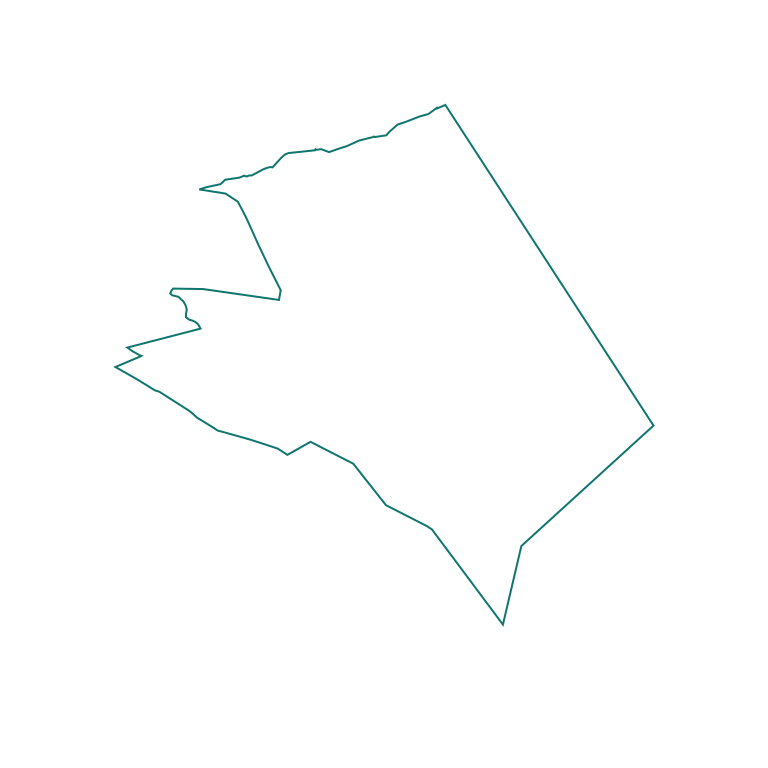 Mártires de Tacubaya, Oaxaca, Mexico, rotated 235°
{"feature_id": "50627088B73077765096958", "entity_name": "Mártires de Tacubaya", "entity_type": "district", "adm_level": 2, "iso_a3": "MEX", "parent_name": "Mexico", "parent_adm1": "Oaxaca", "projection": "mercator", "projection_center": [-98.212, 16.55], "detail": "fine", "context": "isolated", "style": "outline", "palette": "teal", "viewbox_px": 768, "rotation_deg": 235, "n_neighbors": 0, "source": "geoboundaries", "source_scale": "gbopen_adm2", "svg_char_len": 1414}
<svg xmlns="http://www.w3.org/2000/svg" viewBox="0 0 768 768"><g transform="rotate(235 384 384)"><path d="M118.7,343.4L172.5,403.6L194.9,577.4L195.3,580.9L577.4,594.3L579.3,585.5L579.9,585.7L579.7,575.1L582.8,566.4L586.3,552.0L588.7,544.0L587.6,533.6L586.4,528.5L591.6,518.1L592.5,517.7L592.4,517.1L597.7,503.3L600.3,489.4L602.0,484.3L605.5,472.0L612.3,467.3L614.8,462.8L615.6,462.5L615.0,461.6L628.0,438.1L628.8,434.6L628.2,429.5L625.4,416.9L626.8,415.5L627.9,412.9L629.1,408.5L630.7,395.3L632.1,393.3L632.8,390.5L633.8,389.7L634.6,389.1L634.9,388.9L635.1,387.8L636.0,383.9L642.4,371.1L641.5,364.6L647.1,351.3L649.3,344.3L630.9,363.4L627.6,364.7L623.8,366.2L617.3,368.8L611.9,368.2L605.5,367.4L601.8,366.8L601.3,366.8L595.4,365.8L569.7,360.9L545.9,356.9L520.1,353.2L513.1,346.2L565.5,290.3L583.1,266.0L582.4,263.5L580.8,260.8L578.3,261.3L576.0,263.3L573.2,265.7L569.7,266.3L567.0,267.0L562.3,266.6L558.2,265.2L555.0,262.0L552.4,260.1L548.5,261.3L545.4,263.7L542.9,265.1L539.4,266.0L534.6,265.5L561.1,194.6L554.8,196.9L547.4,200.5L546.2,201.4L546.2,200.8L552.0,173.7L547.0,176.1L529.0,184.6L510.0,192.8L506.6,195.5L473.3,209.2L468.4,210.5L463.8,211.5L446.3,219.1L445.4,219.6L444.1,219.9L440.8,221.3L439.6,222.5L414.3,243.2L395.8,257.1L391.8,260.0L381.4,264.2L378.8,290.6L336.4,313.1L283.6,316.1L243.0,337.6L237.3,339.9L232.4,340.0L166.6,342.0L118.7,343.4Z" fill="none" stroke="#0f766e" stroke-width="2"/></g></svg>